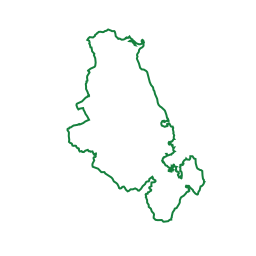 Memba, Nampula, Mozambique, rotated 345°
{"feature_id": "85939544B76219123027909", "entity_name": "Memba", "entity_type": "district", "adm_level": 2, "iso_a3": "MOZ", "parent_name": "Mozambique", "parent_adm1": "Nampula", "projection": "natural_earth1", "projection_center": [40.424, -13.966], "detail": "fine", "context": "isolated", "style": "outline", "palette": "green", "viewbox_px": 256, "rotation_deg": 345, "n_neighbors": 0, "source": "geoboundaries", "source_scale": "gbopen_adm2", "svg_char_len": 5944}
<svg xmlns="http://www.w3.org/2000/svg" viewBox="0 0 256 256"><g transform="rotate(345 128 128)"><path d="M111.5,32.4L113.0,33.6L113.1,34.2L113.0,35.8L112.4,36.4L112.8,37.6L112.6,40.3L113.6,40.8L113.2,44.7L114.7,47.6L113.9,48.8L114.4,52.1L113.7,56.4L112.5,59.4L111.5,60.3L107.2,61.0L104.3,62.2L104.5,63.1L105.1,63.5L105.2,64.4L102.1,67.2L101.5,68.7L101.1,71.8L99.9,72.2L99.8,73.5L98.9,74.1L98.6,74.7L98.2,77.3L97.6,79.4L98.3,83.0L98.3,84.7L98.8,85.8L98.7,87.0L98.3,87.3L97.3,86.8L96.4,87.5L95.0,87.7L90.5,90.4L85.1,91.3L84.6,91.6L84.1,92.6L84.3,95.3L84.9,97.2L86.4,96.8L89.8,97.1L89.8,99.2L90.3,100.9L90.6,103.4L91.6,106.1L92.5,110.0L88.5,110.6L86.1,111.6L82.9,112.1L82.1,111.6L81.6,112.0L81.1,111.6L80.2,111.9L76.0,111.5L72.8,112.6L71.7,112.4L71.0,113.2L70.0,113.1L69.3,113.4L69.0,114.6L69.7,116.4L69.7,117.3L68.7,120.4L68.2,124.2L67.4,126.1L68.4,127.6L69.3,128.1L69.7,128.7L69.8,130.6L70.9,131.2L72.2,131.3L73.1,131.8L73.2,132.9L74.0,134.5L75.0,134.8L75.2,135.3L74.9,136.8L75.3,138.2L77.2,138.3L77.6,139.3L79.1,139.8L80.8,138.9L83.5,138.7L84.0,140.2L85.2,140.5L85.5,141.2L87.6,141.4L88.0,144.0L88.5,145.2L89.1,145.1L89.1,144.7L89.4,144.4L90.4,144.3L90.4,144.8L89.7,145.8L89.4,147.2L88.9,147.5L87.4,147.5L87.0,147.9L86.8,148.7L87.0,150.5L84.5,153.3L84.0,154.6L83.9,156.3L88.6,159.6L90.8,163.7L93.8,164.5L94.3,166.1L99.1,171.4L99.9,172.9L100.5,175.9L102.3,177.9L103.2,179.3L103.8,182.0L103.9,183.7L104.4,183.9L104.6,184.4L106.0,184.4L107.3,183.4L108.8,183.5L109.6,185.2L109.9,186.9L111.3,189.1L112.8,188.9L114.6,187.9L116.9,188.5L119.3,188.2L121.0,189.8L121.5,191.0L122.4,191.4L125.0,190.0L127.1,188.0L130.0,186.6L131.3,185.0L132.7,184.6L134.2,184.9L134.7,184.4L135.4,182.8L138.9,181.4L139.2,182.3L138.8,183.2L139.2,184.0L140.9,185.7L140.8,186.6L140.0,187.1L139.4,187.2L136.6,186.7L135.8,189.0L135.7,190.2L133.2,190.9L133.0,191.3L133.1,191.9L134.4,193.6L134.1,194.5L132.8,194.8L131.7,195.4L130.6,195.3L129.9,196.6L128.4,196.3L127.8,196.8L127.8,198.9L127.3,199.4L127.6,200.2L127.5,201.0L127.8,202.4L127.2,205.1L128.1,207.5L127.6,209.6L129.2,211.8L129.4,214.8L130.7,217.2L130.7,218.5L129.9,220.2L129.5,221.5L130.8,223.8L132.8,224.7L136.7,225.6L137.1,226.0L137.8,227.5L138.3,227.8L142.7,228.4L144.4,227.5L146.1,227.7L146.4,226.4L147.3,225.4L147.4,224.7L149.3,221.1L151.5,219.2L152.3,218.0L154.2,217.9L158.0,214.3L158.8,213.2L159.4,211.1L161.0,209.0L161.6,208.6L164.4,207.8L167.1,206.1L167.7,205.4L168.7,205.0L169.9,205.1L170.9,204.6L170.6,203.8L171.1,203.2L170.8,202.7L170.9,201.8L170.5,200.6L169.3,200.5L168.7,199.9L168.8,199.4L169.3,198.8L170.0,199.1L170.2,199.8L171.1,199.4L171.9,199.7L172.5,201.5L174.6,204.7L174.7,206.0L176.2,208.9L177.6,210.2L178.3,210.1L179.7,207.7L181.0,206.8L183.0,203.2L184.3,203.1L185.3,202.6L186.9,201.2L187.2,200.3L187.8,199.9L187.5,199.7L187.8,197.5L187.4,197.0L187.3,196.1L187.7,193.0L188.6,188.8L187.8,187.7L186.6,187.1L184.6,185.1L184.3,183.6L184.3,179.6L185.2,175.4L183.9,174.6L183.0,172.0L180.9,171.4L180.1,173.7L179.1,174.5L176.9,173.7L176.3,172.6L176.0,173.1L173.8,173.9L172.1,175.4L172.1,176.2L172.4,176.4L172.4,176.8L171.9,176.9L171.4,177.8L170.9,177.8L170.8,177.4L170.2,177.0L168.9,177.3L168.7,178.9L168.0,179.3L168.2,179.7L168.1,181.1L167.6,182.0L167.7,182.6L167.3,183.0L168.2,184.0L168.3,184.9L167.8,187.5L166.7,190.3L167.1,191.0L166.4,190.3L166.8,189.8L166.7,189.2L167.1,188.4L167.1,187.9L165.0,189.1L164.5,189.0L164.4,188.4L164.7,188.0L164.1,186.9L164.1,186.0L165.3,185.2L165.4,184.9L165.1,184.6L165.3,184.1L164.6,182.8L163.8,182.7L163.1,181.6L163.0,180.8L163.8,180.4L164.2,178.4L164.8,178.1L163.2,177.2L162.9,176.5L162.9,175.4L162.5,175.2L162.1,175.6L162.2,176.7L161.8,177.4L161.4,177.4L161.1,177.1L161.1,176.4L160.4,176.9L160.2,176.4L160.0,177.0L159.5,177.4L159.8,178.4L160.2,178.5L160.9,179.7L160.3,180.7L159.8,180.5L159.1,179.1L158.5,178.8L158.3,179.2L158.8,180.6L158.6,181.3L156.2,180.1L156.4,179.3L157.5,179.2L157.5,178.4L158.1,177.7L156.3,175.6L156.0,174.7L154.6,173.8L153.8,170.7L153.5,170.8L153.2,170.3L153.1,168.6L152.9,168.5L152.6,168.9L152.5,168.4L153.1,167.8L153.9,166.3L155.0,165.9L155.1,165.5L157.0,165.4L158.1,165.0L158.5,163.6L158.3,162.9L158.8,163.0L158.9,164.9L162.3,164.6L163.0,164.9L163.6,164.2L164.9,163.9L166.3,162.9L167.0,162.7L166.3,162.0L166.0,161.1L166.3,160.0L167.5,158.8L166.4,158.7L166.1,156.6L166.6,156.4L166.6,155.9L165.7,156.0L165.3,154.7L165.1,154.9L164.6,154.4L163.6,154.7L163.3,154.2L163.3,153.0L164.1,152.1L165.6,152.9L166.2,152.2L167.3,152.3L169.2,150.5L169.8,150.6L169.6,150.1L169.8,148.6L170.7,147.1L170.4,144.7L170.9,144.0L171.0,140.6L171.7,139.7L171.5,138.2L170.6,138.1L169.8,137.5L169.1,134.4L168.6,134.5L168.2,134.1L167.7,134.6L166.9,134.3L166.6,135.0L166.8,136.1L166.0,136.4L165.0,136.1L163.9,136.4L161.3,134.4L161.2,132.8L161.5,131.7L163.0,130.2L164.7,130.3L165.0,131.1L164.6,131.5L164.9,131.7L167.3,130.9L168.5,131.8L169.1,131.7L168.9,129.1L168.3,128.3L168.5,125.6L168.2,121.2L167.8,120.1L165.6,116.6L164.6,115.6L163.5,113.4L163.3,111.2L163.7,107.4L162.9,102.3L163.0,99.2L162.5,97.8L162.7,95.2L161.4,92.4L160.9,89.4L161.0,79.0L160.3,77.6L158.5,75.7L156.4,74.9L155.3,73.0L155.3,68.5L154.6,63.9L154.6,63.1L155.7,61.4L155.5,60.4L155.9,59.2L158.1,57.3L158.9,55.5L160.4,54.3L162.8,53.7L164.3,52.6L164.9,50.0L165.5,49.6L165.4,47.5L164.7,46.6L163.9,47.0L163.6,48.0L164.0,49.2L163.2,50.1L161.8,50.3L160.3,50.0L158.0,48.4L156.1,45.4L155.5,45.0L155.8,45.8L155.5,46.9L156.4,47.9L155.9,48.8L156.4,49.9L156.2,49.8L155.8,49.4L155.7,48.8L156.0,47.9L155.0,47.1L154.7,45.7L151.9,44.5L152.3,44.3L153.5,44.7L154.8,43.9L155.7,44.3L153.6,41.8L153.1,40.0L151.3,41.0L150.4,40.2L149.7,40.8L149.1,40.4L148.1,41.2L146.7,41.4L144.8,41.1L143.1,39.5L141.7,39.4L141.3,38.2L140.7,37.7L139.9,36.0L140.2,34.0L140.2,31.7L139.9,30.9L137.6,30.3L136.9,29.6L134.3,27.7L132.4,28.5L130.8,28.4L129.2,29.0L128.2,28.8L126.3,27.9L124.5,27.6L123.8,28.1L122.8,28.3L122.0,29.0L120.4,29.5L119.8,30.6L117.6,31.5L114.5,30.3L112.8,31.2L111.5,32.4Z" fill="none" stroke="#15803d" stroke-width="2"/></g></svg>